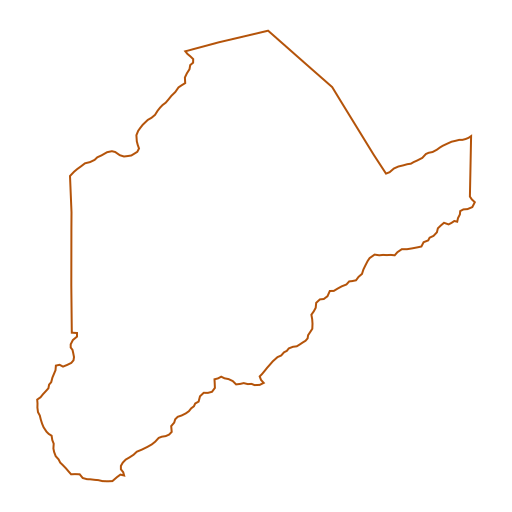 outline of São Fidélis, Rio de Janeiro, Brazil
{"feature_id": "56859067B2768283768004", "entity_name": "São Fidélis", "entity_type": "district", "adm_level": 2, "iso_a3": "BRA", "parent_name": "Brazil", "parent_adm1": "Rio de Janeiro", "projection": "mercator", "projection_center": [-41.783, -21.671], "detail": "fine", "context": "isolated", "style": "outline", "palette": "amber", "viewbox_px": 512, "rotation_deg": 0, "n_neighbors": 0, "source": "geoboundaries", "source_scale": "gbopen_adm2", "svg_char_len": 3235}
<svg xmlns="http://www.w3.org/2000/svg" viewBox="0 0 512 512"><path d="M70.0,176.0L71.5,212.3L71.4,228.3L71.3,285.4L71.8,332.7L77.0,333.0L77.0,336.6L72.9,340.0L70.7,344.3L70.7,347.5L72.5,349.9L73.2,353.0L74.0,357.1L73.5,360.3L71.3,362.9L67.0,365.0L63.0,366.6L59.6,364.8L55.9,365.6L55.5,370.2L54.0,373.8L52.4,377.6L51.2,382.2L49.1,384.6L48.4,388.3L45.6,391.4L42.9,394.3L40.6,397.2L37.2,399.6L37.5,403.4L37.4,407.6L38.0,412.2L39.8,415.5L40.8,419.6L42.1,423.7L43.6,427.3L46.5,431.7L48.7,433.9L51.6,435.7L52.3,440.1L53.7,443.7L53.4,448.5L54.1,451.9L55.7,456.2L58.6,459.4L60.2,462.6L62.6,464.9L65.9,468.3L68.7,471.6L71.1,474.3L75.1,474.1L79.7,474.3L82.7,478.0L87.0,479.2L90.3,479.3L95.2,479.9L98.2,480.1L102.4,481.1L107.6,481.3L112.4,481.1L116.9,477.2L120.4,474.6L124.1,475.5L123.2,472.2L120.9,469.3L120.9,465.9L122.8,462.6L125.7,459.6L129.5,457.4L133.5,454.8L136.8,451.7L141.9,449.6L147.4,446.9L151.8,444.4L155.2,441.7L158.7,437.9L161.8,436.7L165.7,436.1L169.1,434.6L171.7,431.9L171.2,426.1L174.2,422.6L175.2,419.3L177.7,416.8L181.6,415.5L185.8,413.4L188.9,411.2L191.2,408.3L193.9,406.3L195.2,403.5L198.6,401.6L200.0,396.3L203.7,392.8L207.8,392.9L212.0,391.8L214.9,387.9L214.7,383.0L214.5,379.3L218.0,378.4L221.2,376.7L224.5,378.3L228.6,379.1L232.8,381.1L236.1,384.4L240.3,383.9L243.7,383.1L247.8,384.1L251.6,383.9L254.5,385.1L259.7,384.9L263.7,382.9L261.0,379.9L259.7,376.4L261.9,374.2L264.8,370.7L267.2,367.7L269.6,365.0L272.8,361.3L277.5,357.1L281.2,355.5L284.0,352.3L286.8,350.9L288.8,348.4L292.9,346.8L296.8,346.3L299.7,344.5L302.7,342.5L305.5,340.8L307.6,338.4L308.1,335.2L309.9,332.5L312.3,328.8L312.5,323.7L312.2,319.3L311.4,314.7L313.8,311.3L315.7,307.8L316.2,302.8L319.9,299.4L323.8,299.0L327.5,296.2L329.8,291.0L333.8,290.9L337.6,288.6L341.8,286.3L346.4,284.5L349.2,281.4L352.1,281.1L356.0,280.3L358.6,276.8L362.0,273.9L363.4,269.5L365.5,265.2L367.6,261.1L369.6,258.1L374.6,254.6L379.3,255.3L383.1,254.9L386.6,255.1L390.8,254.9L394.7,255.3L397.4,252.2L401.8,249.2L407.0,249.2L412.0,248.4L417.7,247.3L421.4,246.5L423.6,242.2L428.2,240.4L429.6,237.7L433.5,235.9L436.9,232.3L437.9,228.3L440.8,225.5L444.0,222.8L448.6,224.4L451.5,222.9L454.3,221.0L457.2,221.7L458.0,218.1L459.9,214.4L460.2,211.1L463.4,209.4L467.5,209.1L472.3,207.1L474.8,202.2L471.8,199.4L469.9,196.6L471.1,136.1L468.6,137.8L465.7,139.0L462.3,139.9L459.1,139.9L455.6,140.8L451.6,141.7L447.4,143.6L442.7,145.8L439.9,147.5L436.9,149.7L432.6,152.0L428.6,152.8L425.9,154.0L422.3,157.9L417.0,160.6L413.6,162.1L410.9,163.7L407.3,164.2L403.1,165.4L398.4,166.5L393.9,168.5L389.6,172.2L386.0,173.6L373.6,154.6L340.6,100.9L332.2,87.1L310.2,67.8L268.1,30.7L218.8,42.3L185.3,51.3L187.4,53.9L190.4,56.4L193.2,59.1L193.1,62.7L190.2,65.1L189.5,69.2L186.9,73.3L184.9,77.5L185.2,83.1L181.6,85.3L178.5,87.4L175.3,92.0L171.4,95.8L168.6,99.3L165.7,102.7L162.6,105.0L160.1,107.6L157.7,110.6L155.0,114.9L151.5,117.8L147.8,119.9L145.2,122.4L142.7,124.8L140.2,128.0L138.2,130.8L136.4,135.2L136.8,141.3L137.7,144.8L139.0,148.5L137.3,151.8L134.6,153.5L131.3,155.5L127.3,156.1L124.0,156.5L119.8,155.2L115.2,152.0L111.9,151.2L107.1,152.2L101.5,155.4L97.3,157.3L94.6,159.9L90.0,162.1L85.0,163.3L80.8,166.5L77.3,169.0L74.1,171.7L70.0,176.0Z" fill="none" stroke="#b45309" stroke-width="2"/></svg>